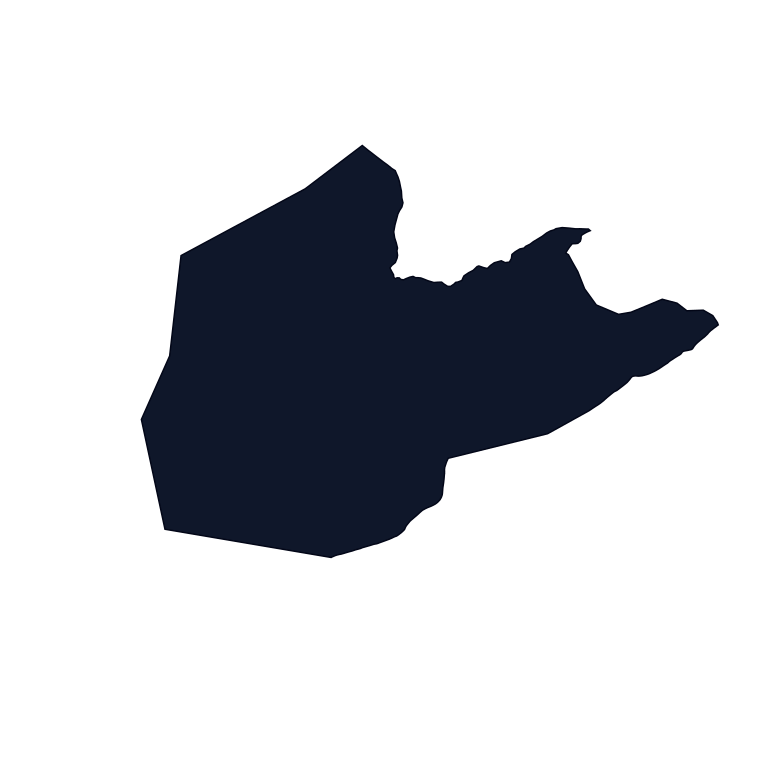 the district of El Nispero, Santa Bárbara, Honduras, rotated 35°
{"feature_id": "27666195B93278027696890", "entity_name": "El Nispero", "entity_type": "district", "adm_level": 2, "iso_a3": "HND", "parent_name": "Honduras", "parent_adm1": "Santa Bárbara", "projection": "robinson", "projection_center": [-88.3, 14.771], "detail": "fine", "context": "isolated", "style": "filled", "palette": "ink", "viewbox_px": 768, "rotation_deg": 35, "n_neighbors": 0, "source": "geoboundaries", "source_scale": "gbopen_adm2", "svg_char_len": 6074}
<svg xmlns="http://www.w3.org/2000/svg" viewBox="0 0 768 768"><g transform="rotate(35 384 384)"><path d="M144.1,395.2L192.3,483.9L205.6,552.2L287.9,628.6L440.2,556.4L440.5,555.7L440.9,555.1L441.3,554.4L441.7,553.8L442.3,552.7L442.5,552.5L442.9,552.0L443.2,551.5L443.6,551.0L444.0,550.6L445.0,549.4L446.3,548.1L446.6,547.8L446.8,547.5L447.8,546.3L449.6,544.0L451.2,542.0L453.2,539.6L453.8,538.9L455.6,536.4L456.9,534.8L457.2,534.5L458.2,533.3L458.8,532.6L459.0,532.3L459.3,531.9L459.4,531.7L459.7,531.2L459.9,530.9L460.1,530.5L460.4,530.2L460.7,529.8L461.0,529.4L461.7,528.6L462.0,528.2L462.4,527.7L465.0,524.5L467.3,521.5L467.8,520.9L468.3,520.4L468.5,520.2L469.3,519.4L469.6,519.1L470.0,518.6L470.4,518.1L470.7,517.6L471.1,517.0L473.7,513.3L477.4,508.0L477.8,507.3L478.3,506.5L478.7,505.9L479.6,504.2L480.2,503.2L480.6,502.6L480.9,502.1L481.3,501.7L481.5,501.2L481.7,500.9L481.8,500.7L481.9,500.4L482.1,499.9L482.5,498.8L482.8,497.7L483.2,496.6L483.5,495.4L483.7,494.6L484.0,493.1L484.1,492.7L484.1,492.3L484.2,491.9L484.2,491.6L484.2,491.3L484.2,491.0L484.1,490.8L484.1,490.5L483.9,489.9L483.8,489.5L483.8,489.2L483.7,488.9L483.7,488.6L483.6,488.1L483.6,487.7L483.6,487.4L483.6,486.3L483.7,485.4L483.7,484.6L483.8,483.7L483.9,482.4L483.9,481.9L484.0,481.4L484.1,480.8L484.2,480.6L484.2,480.3L484.6,478.9L485.4,475.7L485.9,473.9L486.5,471.4L487.2,468.1L487.4,467.4L487.7,466.1L487.8,465.8L488.0,465.2L488.1,464.9L488.3,464.5L488.5,464.2L488.8,463.5L489.1,462.9L489.4,462.3L489.7,461.8L490.3,460.7L490.8,459.9L491.8,458.4L492.7,457.0L493.7,455.2L494.3,454.0L494.4,453.8L494.6,453.5L494.7,453.2L494.8,453.0L495.0,452.5L495.2,451.9L495.5,451.0L495.6,450.6L495.8,449.8L495.9,449.2L496.0,448.7L496.0,448.3L496.1,447.8L496.2,447.2L496.2,446.7L496.2,446.1L496.1,445.6L496.1,445.0L496.0,444.2L495.9,443.7L495.8,443.2L495.6,442.7L495.5,442.2L495.3,441.6L495.2,441.3L495.0,440.9L494.8,440.6L494.6,440.1L494.3,439.6L494.0,439.1L493.7,438.6L493.0,437.4L492.7,436.9L492.4,436.4L492.1,435.9L491.7,435.2L490.9,433.6L489.5,430.8L488.9,429.7L488.4,428.8L487.9,427.8L485.2,423.2L485.0,422.7L484.4,421.9L483.9,421.1L483.6,420.7L483.0,419.9L482.6,419.3L482.4,419.0L482.2,418.6L482.0,418.2L481.8,417.9L481.7,417.8L481.6,417.5L481.1,415.9L480.5,413.9L480.2,413.0L480.0,412.2L479.9,411.7L479.7,410.9L479.6,410.0L479.4,409.2L479.2,408.0L546.5,330.9L567.4,288.0L568.6,284.8L569.7,282.0L570.6,279.8L571.3,278.1L571.6,277.3L571.9,276.5L572.3,275.4L572.6,274.3L572.9,273.3L573.2,272.3L573.4,271.7L573.6,270.6L574.0,268.8L574.2,268.2L574.3,267.5L574.6,266.5L574.8,265.7L575.0,265.0L575.4,263.7L575.5,263.2L575.7,262.5L575.9,261.8L576.0,261.4L576.1,261.1L576.3,260.4L576.6,259.4L576.8,258.9L577.0,258.2L577.2,257.9L577.3,257.6L577.6,257.2L577.9,256.6L578.1,256.3L578.2,256.2L578.3,255.9L578.5,255.6L578.5,255.3L579.0,254.0L580.8,248.3L581.3,246.6L581.8,244.9L581.9,244.4L582.1,243.7L582.2,243.4L582.4,241.8L582.6,240.1L582.6,239.8L582.7,239.1L582.7,238.5L582.7,237.7L582.7,237.3L582.8,236.8L582.8,236.5L582.9,236.2L583.0,235.7L583.1,235.4L583.3,235.2L583.5,234.9L583.7,234.6L584.0,234.3L584.2,234.1L584.5,233.8L584.9,233.5L585.2,233.2L585.5,233.0L585.8,232.8L586.2,232.6L586.5,232.4L587.2,232.0L587.5,231.9L587.7,231.7L587.9,231.6L588.2,231.3L588.9,230.8L589.4,230.4L589.8,230.0L590.4,229.5L590.7,229.2L590.9,229.0L591.4,228.4L591.8,228.0L592.3,227.4L592.8,226.8L593.7,225.7L594.3,224.9L594.6,224.5L595.1,223.8L595.8,222.7L596.4,221.6L596.9,220.8L597.4,219.9L598.2,218.5L598.9,217.1L599.1,216.7L599.3,216.3L599.5,215.8L600.1,214.5L600.3,214.2L600.7,213.2L601.9,210.1L602.4,208.7L603.4,206.2L603.9,205.0L604.1,204.6L604.3,203.9L604.4,203.5L604.5,203.1L604.7,202.0L604.9,201.4L605.1,200.9L605.3,200.3L606.2,198.2L606.9,196.3L608.7,192.1L609.0,191.5L609.5,190.5L609.6,190.2L609.7,189.8L609.8,189.4L609.9,189.2L610.0,188.8L610.0,188.4L610.0,188.0L610.0,187.6L610.0,187.2L610.0,186.9L610.0,186.7L610.1,186.4L610.2,186.1L610.3,185.9L610.3,185.7L610.5,185.5L610.5,185.4L610.7,185.2L611.2,184.6L613.6,182.2L615.2,180.4L615.7,179.9L615.9,179.6L616.0,179.4L616.1,179.2L616.4,178.6L616.4,178.4L616.5,178.1L616.5,177.8L616.5,177.6L616.5,177.4L616.5,176.6L616.4,175.9L616.4,175.6L616.4,175.0L616.5,174.3L616.5,173.7L616.5,173.4L616.6,172.7L616.7,172.1L616.8,171.8L616.9,171.1L617.0,170.5L618.1,166.2L618.5,165.0L619.0,163.2L619.2,162.7L619.4,162.1L619.4,161.7L619.6,161.2L619.8,160.2L620.0,159.1L620.2,158.3L620.3,157.5L620.4,157.2L620.4,156.4L620.5,155.4L620.6,155.0L620.7,154.5L620.7,154.1L620.9,153.5L621.0,152.8L621.4,151.7L621.9,150.0L622.4,148.3L622.8,147.3L623.4,145.4L623.7,144.3L623.9,143.9L622.0,142.5L614.1,139.4L603.2,140.4L590.1,150.3L577.7,149.7L563.3,155.0L555.5,167.4L545.2,183.5L536.2,192.4L512.6,197.5L493.8,191.0L478.3,180.8L467.6,175.7L460.9,172.3L457.7,172.5L457.5,169.1L457.4,165.5L457.7,161.2L460.6,159.0L462.1,157.6L462.9,154.5L462.1,152.0L460.8,150.1L460.6,148.7L461.2,147.1L462.4,144.5L463.3,142.8L464.6,140.7L465.0,140.1L462.6,139.8L459.6,141.8L455.4,144.5L452.1,146.9L446.1,150.2L440.2,153.7L435.8,158.1L434.8,160.3L432.5,163.2L430.6,167.0L428.9,172.3L424.7,181.8L423.5,185.6L421.1,190.0L420.7,192.4L417.8,195.5L415.6,200.5L414.5,204.5L416.4,208.2L416.8,212.2L413.6,215.1L409.4,215.8L404.8,221.4L403.2,225.8L402.4,230.1L398.9,231.5L394.0,232.9L392.9,234.4L391.9,239.7L389.5,244.3L387.5,249.5L387.8,251.7L388.4,254.5L386.1,258.0L384.4,259.7L384.0,262.1L382.5,265.9L380.1,267.5L375.7,267.7L372.8,267.5L369.9,269.6L366.6,272.3L360.8,274.2L356.9,275.1L353.4,276.0L350.7,277.5L348.9,278.8L346.1,279.2L343.9,281.6L341.7,284.9L340.2,287.5L337.7,288.7L335.7,288.3L333.8,289.5L332.9,291.2L331.0,291.1L329.1,289.0L325.4,287.2L322.2,285.5L322.4,282.3L323.6,278.0L322.5,273.3L321.3,270.8L318.5,267.8L318.3,267.7L317.1,264.9L313.0,261.3L308.8,258.1L304.7,253.8L301.7,247.3L299.1,240.1L297.9,236.8L297.3,233.2L297.1,228.7L295.6,224.7L291.9,221.4L287.6,216.0L284.9,213.5L280.4,209.2L276.7,206.4L273.5,204.5L270.8,202.8L267.0,203.0L261.4,202.6L255.7,202.5L246.7,202.1L242.8,201.9L238.4,201.7L237.3,201.7L229.4,201.1L207.5,269.3L144.1,395.2Z" fill="#0f172a" stroke="#020617" stroke-width="1.5"/></g></svg>